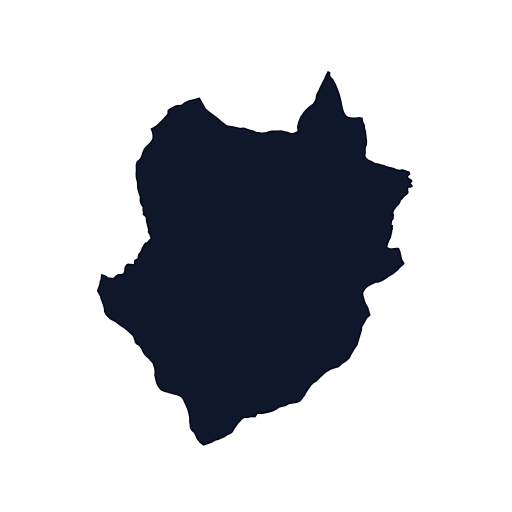 outline of Semonkong, Maseru, Lesotho, rotated 104°
{"feature_id": "5366337B2664328548096", "entity_name": "Semonkong", "entity_type": "district", "adm_level": 2, "iso_a3": "LSO", "parent_name": "Lesotho", "parent_adm1": "Maseru", "projection": "robinson", "projection_center": [28.034, -29.842], "detail": "fine", "context": "isolated", "style": "filled", "palette": "ink", "viewbox_px": 512, "rotation_deg": 104, "n_neighbors": 0, "source": "geoboundaries", "source_scale": "gbopen_adm2", "svg_char_len": 6126}
<svg xmlns="http://www.w3.org/2000/svg" viewBox="0 0 512 512"><g transform="rotate(104 256 256)"><path d="M125.5,340.9L116.7,349.2L119.9,354.7L121.6,358.2L124.8,362.1L128.0,364.7L129.6,369.6L133.1,373.8L136.0,376.3L139.8,375.6L143.3,377.6L147.1,379.5L150.0,381.4L153.2,383.3L156.4,386.2L158.0,388.2L160.5,386.5L163.0,385.2L166.8,384.2L169.7,384.8L172.5,386.1L176.0,388.3L178.9,389.9L182.4,390.6L186.8,390.9L190.0,391.5L193.5,394.0L197.0,394.0L201.4,392.7L205.5,392.0L208.7,391.0L213.1,388.7L217.9,387.3L220.0,386.4L224.9,383.5L226.2,382.4L230.5,381.6L232.3,380.6L233.9,379.3L234.9,378.3L235.9,376.9L238.6,376.7L241.0,375.4L242.4,375.6L243.0,375.1L243.6,373.6L244.1,372.8L245.5,371.4L247.4,371.0L247.7,370.8L250.0,369.9L250.8,369.3L252.4,368.6L254.8,367.2L255.9,366.8L257.1,366.1L258.7,366.2L260.2,364.5L263.7,362.0L264.6,361.9L265.9,362.8L269.8,364.8L270.1,366.1L271.9,367.0L273.9,367.4L275.3,368.1L277.7,368.2L280.3,368.8L282.8,370.0L284.4,370.0L286.0,369.8L287.4,369.8L289.3,372.1L290.2,372.5L292.3,371.9L293.6,371.9L294.4,372.6L294.4,374.4L294.8,376.1L294.8,377.5L295.6,379.0L298.4,380.1L300.1,380.0L301.9,379.6L303.7,379.6L305.0,379.9L306.4,381.3L307.0,383.0L307.2,384.1L307.8,385.5L310.2,387.5L312.0,388.2L312.5,389.6L313.2,393.5L313.1,395.3L312.3,396.2L311.8,398.0L311.7,401.1L316.0,400.5L318.7,400.8L321.2,400.5L323.7,400.7L326.3,401.1L328.3,401.1L330.0,399.3L331.5,398.1L332.9,396.6L334.6,396.1L337.5,393.9L339.5,392.7L340.8,391.8L343.1,390.5L346.7,389.2L349.1,387.1L352.1,382.1L353.7,375.7L355.1,372.8L356.5,369.2L357.6,365.8L361.3,358.6L363.0,355.8L366.1,353.5L368.9,352.0L370.0,350.5L370.9,347.4L373.3,344.5L376.3,342.2L377.9,340.5L379.7,338.0L380.9,335.4L384.5,330.1L389.5,326.9L392.7,325.8L396.2,325.1L401.6,322.4L403.4,321.3L405.1,320.0L406.9,318.1L408.7,315.5L409.3,312.2L409.6,301.7L409.6,298.0L410.3,294.9L411.8,292.3L419.1,286.5L421.8,284.6L425.5,282.6L428.7,281.1L433.3,279.9L435.3,278.9L437.4,278.4L438.3,278.0L439.4,277.1L440.6,275.8L441.3,274.7L442.0,273.1L445.0,270.5L447.3,268.9L449.0,266.5L450.2,265.2L451.5,262.1L452.0,261.3L451.0,259.6L449.0,256.7L447.7,254.6L444.3,250.9L442.7,247.9L440.8,245.7L439.0,243.1L436.3,240.9L434.3,238.1L432.3,236.6L430.0,236.0L427.2,235.1L422.2,233.1L419.9,231.7L417.3,230.4L415.1,228.1L414.7,225.4L413.4,223.0L412.9,221.6L412.4,219.5L412.2,218.2L411.3,217.8L408.3,217.0L407.1,211.8L404.5,206.4L402.0,202.2L399.0,198.9L397.3,197.6L395.5,194.7L394.1,191.5L391.1,188.4L388.0,181.0L385.8,178.3L383.3,177.0L381.4,176.4L379.7,175.6L375.3,174.4L371.2,172.9L367.2,171.3L365.1,169.8L363.8,168.7L363.3,167.8L358.2,164.8L354.2,162.2L351.0,159.8L347.2,155.8L345.2,152.5L343.4,149.3L339.4,146.7L335.6,143.1L332.0,140.9L328.8,140.3L321.5,138.1L318.1,136.7L302.1,135.9L298.9,136.5L295.3,135.3L289.0,133.7L285.8,131.3L279.1,135.3L276.0,138.3L273.6,140.0L267.7,143.3L265.1,143.7L261.3,142.6L258.2,140.5L252.6,134.1L251.5,131.0L249.5,128.2L245.5,124.1L243.7,122.9L240.5,119.4L234.6,115.0L233.2,114.5L231.1,113.2L228.8,111.4L227.8,110.9L227.3,110.9L226.4,111.7L225.8,112.6L223.9,114.2L216.8,117.7L214.3,119.6L215.0,122.4L216.3,125.5L216.8,127.7L216.4,130.6L215.6,131.4L213.5,131.6L211.0,131.3L209.5,131.2L205.5,130.2L203.6,130.2L201.9,130.4L200.1,130.3L197.8,130.7L197.0,130.4L196.5,130.3L196.2,130.5L196.3,130.6L196.5,130.7L196.4,130.9L195.8,131.2L195.6,131.0L195.3,131.1L194.7,130.8L194.0,130.9L193.6,131.3L193.5,131.7L193.5,132.2L193.4,132.6L192.6,132.8L191.5,132.9L190.9,132.8L190.7,133.0L189.9,133.0L189.2,133.4L187.8,132.6L186.4,132.1L185.9,132.2L185.4,132.5L184.9,132.5L184.1,132.8L183.2,132.6L182.8,132.7L182.8,132.9L183.0,133.4L183.6,133.8L183.6,134.0L182.8,134.4L182.7,134.1L182.0,134.0L181.4,133.6L179.7,133.9L178.3,133.7L177.3,133.4L176.6,133.0L174.4,132.2L172.8,131.3L171.9,130.9L171.8,130.6L171.1,130.2L170.6,130.1L169.9,130.1L169.6,129.9L168.4,129.5L167.7,129.8L167.3,129.7L167.0,129.5L164.9,128.3L164.2,127.8L162.6,127.2L161.7,126.7L160.0,125.2L158.6,124.3L158.1,124.1L157.0,124.2L156.6,124.4L156.2,124.9L155.8,125.0L154.0,125.1L152.8,125.5L152.3,125.3L152.1,124.8L152.1,124.4L151.7,122.9L150.9,121.9L150.4,121.5L150.2,121.6L149.5,122.6L149.2,122.8L149.0,123.2L148.9,123.8L149.0,124.2L148.9,124.4L148.3,124.5L147.8,124.3L147.1,123.6L145.7,123.1L145.1,123.5L144.8,124.1L144.6,125.2L144.3,125.7L144.3,126.5L144.1,126.5L144.0,127.2L143.7,127.5L143.2,127.7L142.8,128.1L141.8,128.5L141.4,128.3L139.4,126.8L139.0,126.8L138.5,127.2L137.8,127.7L137.6,128.1L137.5,129.0L137.6,129.4L137.3,130.8L137.5,131.2L137.2,132.4L137.3,133.0L137.0,134.3L137.3,135.5L138.2,136.7L138.4,137.5L138.4,137.8L138.2,138.4L138.6,139.3L138.5,139.5L138.4,140.0L138.4,140.3L138.6,140.6L138.1,142.2L138.1,143.3L137.8,143.9L137.9,144.3L138.1,144.7L137.8,146.3L138.0,146.7L137.8,148.5L138.1,149.2L137.9,150.6L137.9,152.4L137.8,153.1L137.4,153.5L137.5,155.0L137.5,157.6L137.3,158.9L137.4,159.8L137.3,160.6L137.7,161.3L137.5,161.7L137.6,162.3L137.8,162.8L137.5,163.3L137.7,163.6L136.8,165.8L136.9,166.1L137.1,166.1L137.1,166.3L136.6,166.8L136.5,167.3L136.6,167.6L136.3,168.0L136.4,168.5L136.0,169.6L136.1,170.0L136.0,170.6L135.3,171.6L134.3,173.5L133.8,173.8L133.5,174.3L132.2,174.9L129.5,175.1L127.2,175.8L124.1,176.4L123.4,176.3L122.5,176.1L121.2,176.0L118.4,176.5L116.1,177.3L114.1,178.1L113.2,178.3L112.0,178.9L108.8,180.0L106.2,181.6L102.9,182.7L100.3,184.9L98.7,185.8L96.7,186.5L96.9,189.1L98.6,193.8L99.4,198.5L99.3,200.6L98.6,202.6L96.7,204.8L95.0,206.2L92.9,207.5L88.2,209.9L85.4,211.1L81.1,213.4L77.9,215.3L72.3,219.2L70.1,220.9L68.4,222.6L66.4,224.2L64.8,227.0L62.9,228.5L60.4,228.9L60.0,230.6L62.8,231.3L67.7,232.1L72.1,233.2L78.5,234.5L81.1,234.9L82.2,235.4L85.5,236.0L87.8,235.6L91.1,235.7L95.1,237.2L97.9,239.7L102.1,242.5L105.2,244.1L107.7,244.9L109.7,245.9L115.9,246.8L118.2,246.8L120.6,246.7L122.0,246.3L123.7,245.3L125.3,245.5L127.9,248.7L128.4,250.0L129.1,251.4L128.8,252.9L128.5,255.5L128.7,259.4L128.6,261.7L130.0,266.3L131.1,270.9L132.8,274.0L134.2,276.1L134.7,278.0L135.5,279.8L136.2,286.3L135.5,288.8L135.6,292.6L135.0,298.8L136.3,302.4L136.4,309.6L137.0,315.8L134.2,322.3L131.8,326.9L128.6,334.7L127.1,338.0L125.5,340.9Z" fill="#0f172a" stroke="#020617" stroke-width="1.5"/></g></svg>